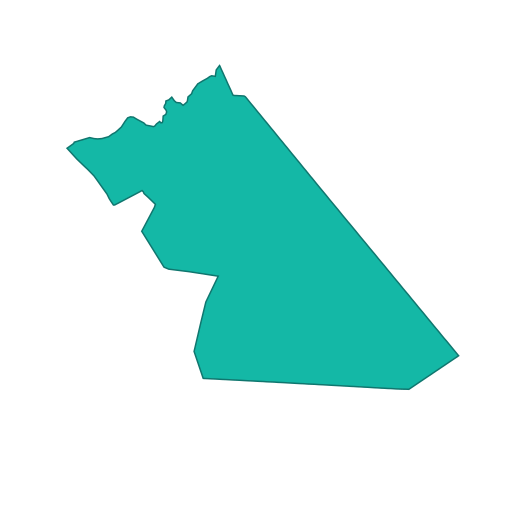 the border of Timbuktu, rotated 146°
{"feature_id": "MLI-2688", "entity_name": "Timbuktu", "entity_type": "Region", "adm_level": 1, "iso_a3": "MLI", "parent_name": "Mali", "parent_adm1": "", "projection": "robinson", "projection_center": [-3.929, 20.026], "detail": "fine", "context": "isolated", "style": "filled", "palette": "teal", "viewbox_px": 512, "rotation_deg": 146, "n_neighbors": 0, "source": "natural_earth", "source_scale": "10m", "svg_char_len": 3322}
<svg xmlns="http://www.w3.org/2000/svg" viewBox="0 0 512 512"><g transform="rotate(146 256 256)"><path d="M203.8,60.0L206.4,61.9L209.0,63.7L211.6,65.6L214.2,67.5L217.9,70.4L220.7,72.4L223.4,74.5L226.1,76.5L228.8,78.6L231.5,80.6L234.2,82.7L236.9,84.8L239.6,86.8L242.3,88.9L245.0,90.9L247.7,93.0L250.4,95.0L253.1,97.1L255.8,99.1L258.5,101.2L261.3,103.3L264.2,105.5L267.1,107.7L270.1,110.0L273.0,112.2L276.0,114.4L278.9,116.7L281.9,118.9L284.9,121.1L287.8,123.4L290.8,125.6L293.7,127.8L296.7,130.1L299.6,132.3L302.6,134.6L305.5,136.8L308.5,139.0L311.4,141.3L314.4,143.5L317.4,145.7L320.3,148.0L323.3,150.2L326.2,152.4L329.2,154.7L332.2,156.9L335.1,159.1L338.1,161.4L341.0,163.6L344.0,165.8L347.0,168.1L349.9,170.3L352.9,172.5L355.9,174.8L358.8,177.0L361.8,179.2L364.8,181.5L367.8,183.7L368.2,184.1L368.1,184.5L360.7,211.5L338.8,231.8L323.3,245.9L298.6,260.4L320.1,280.3L335.7,293.9L338.5,298.2L336.9,340.4L330.5,343.8L313.1,353.1L310.5,355.1L312.6,365.1L313.9,370.4L313.5,372.3L313.9,374.0L316.2,374.2L330.9,375.8L341.1,376.9L343.3,377.2L344.6,377.3L345.7,378.0L345.7,382.4L345.6,385.7L344.9,390.6L345.2,401.6L345.3,406.8L345.5,413.0L346.9,420.9L347.2,422.5L347.8,425.0L349.5,432.8L350.3,436.6L352.4,451.0L344.8,451.2L343.7,451.5L343.0,452.0L327.7,447.2L324.6,443.9L321.8,441.6L318.0,439.5L311.4,437.3L306.9,437.5L303.6,437.1L301.0,437.4L295.5,438.2L289.2,440.9L285.1,442.3L282.3,441.6L280.0,439.7L278.3,436.0L274.6,429.0L274.0,426.0L270.6,422.6L268.7,420.6L267.4,420.3L264.7,421.1L260.7,421.4L260.4,419.6L259.1,419.0L257.7,420.1L254.7,423.9L251.6,423.8L249.5,425.4L249.0,427.1L249.2,430.6L248.1,431.7L245.5,433.0L244.0,434.9L241.0,434.2L237.0,434.8L236.9,430.3L236.2,427.8L233.2,425.3L232.2,421.7L229.8,421.9L227.0,422.3L226.0,423.1L223.4,425.9L218.7,426.5L216.1,428.4L207.9,431.3L202.5,431.0L197.0,430.5L194.0,430.6L192.0,430.2L189.3,427.7L187.0,430.2L184.9,432.5L179.7,434.3L179.7,434.1L179.7,433.9L180.4,430.1L181.0,426.3L181.7,422.4L182.3,418.6L183.0,414.9L183.6,411.1L184.2,407.4L184.9,403.7L185.1,402.5L185.0,402.3L185.0,402.0L184.8,401.8L184.7,401.6L183.3,400.5L181.9,399.5L180.5,398.4L179.0,397.3L177.7,396.3L176.4,395.3L176.1,394.6L175.8,394.0L175.6,392.4L175.3,388.8L175.0,385.3L174.6,381.7L174.3,378.2L174.0,374.6L173.6,371.0L173.3,367.5L173.0,363.9L172.6,360.4L172.3,356.8L172.0,353.3L171.6,349.7L171.3,346.1L171.0,342.6L170.7,339.0L170.3,335.5L170.0,331.8L169.6,328.1L169.3,324.5L169.0,320.8L168.6,317.2L168.3,313.5L167.9,309.8L167.6,306.2L167.3,302.5L166.9,298.9L166.6,295.2L166.3,291.6L166.0,289.3L165.8,287.0L165.6,284.7L165.4,282.3L164.9,276.9L164.4,272.0L163.9,267.1L163.5,262.1L163.0,257.2L162.5,252.3L162.0,247.3L161.6,242.4L161.1,237.5L160.7,233.2L160.4,230.9L159.9,225.8L159.4,220.7L159.2,218.4L158.8,213.7L158.3,208.9L157.8,204.1L157.4,199.4L156.9,194.6L156.4,189.9L156.0,185.1L155.5,180.3L155.0,175.6L154.6,170.8L154.1,166.1L153.7,161.3L153.2,156.5L152.7,151.8L152.3,147.0L151.8,142.3L151.3,137.5L151.0,133.8L150.9,132.7L150.4,128.0L150.0,123.2L149.5,118.5L149.0,113.7L148.6,108.9L148.1,104.2L147.9,101.7L147.4,96.4L146.8,91.0L146.6,88.6L146.6,88.3L146.3,85.1L146.0,82.0L145.6,78.9L145.3,75.7L145.0,72.6L144.7,69.4L144.4,66.3L144.1,63.1L143.8,60.0L151.3,60.0L158.8,60.0L166.3,60.0L173.8,60.0L181.3,60.0L188.8,60.0L196.3,60.0L203.8,60.0Z" fill="#14b8a6" stroke="#0f766e" stroke-width="1.5"/></g></svg>